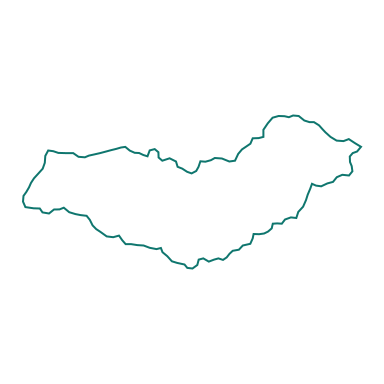 outline of Alfredo Vasconcelos, Minas Gerais, Brazil
{"feature_id": "56859067B6274472295952", "entity_name": "Alfredo Vasconcelos", "entity_type": "district", "adm_level": 2, "iso_a3": "BRA", "parent_name": "Brazil", "parent_adm1": "Minas Gerais", "projection": "orthographic", "projection_center": [-43.711, -21.14], "detail": "fine", "context": "isolated", "style": "outline", "palette": "teal", "viewbox_px": 384, "rotation_deg": 0, "n_neighbors": 0, "source": "geoboundaries", "source_scale": "gbopen_adm2", "svg_char_len": 1965}
<svg xmlns="http://www.w3.org/2000/svg" viewBox="0 0 384 384"><path d="M313.9,122.1L309.4,122.1L304.3,120.5L298.7,116.0L293.1,115.5L288.9,117.2L284.5,116.2L278.6,116.0L272.6,117.7L267.8,123.3L263.4,129.8L263.4,136.9L258.6,138.1L252.7,138.3L250.4,143.7L246.0,146.7L242.0,149.4L238.2,153.9L235.0,160.7L229.3,161.5L221.9,158.5L214.8,158.0L210.9,160.2L205.4,161.7L200.4,161.3L198.5,166.9L196.2,171.0L191.6,173.4L187.1,171.8L182.2,168.6L177.6,166.8L176.0,161.5L169.6,158.3L162.3,160.7L158.6,157.5L158.4,152.2L154.7,149.1L149.7,150.4L147.5,156.3L143.3,155.0L139.1,153.0L134.7,152.8L129.8,150.6L125.3,146.9L121.0,147.5L116.2,148.9L110.9,150.2L106.5,151.4L100.1,153.1L93.5,154.6L88.9,155.6L84.9,157.3L78.5,156.8L73.2,153.1L65.0,153.1L58.3,152.9L53.3,151.2L48.2,150.5L45.3,155.9L44.8,162.8L42.7,168.7L38.1,173.8L34.0,178.3L31.0,182.9L29.0,187.4L26.3,192.0L23.5,195.9L23.0,201.6L25.4,207.1L33.6,208.3L39.8,208.5L42.5,212.4L49.0,213.5L54.0,209.5L59.5,209.4L63.8,207.7L69.2,212.2L75.5,214.1L80.6,215.1L86.6,215.8L89.8,219.8L92.6,225.4L96.2,229.1L100.3,231.8L106.7,236.4L113.2,237.2L119.0,235.6L122.2,240.2L125.6,244.1L130.9,244.1L137.3,245.1L143.6,245.5L149.7,247.8L156.5,249.1L160.9,248.0L162.5,252.2L167.3,256.2L171.9,261.3L177.1,262.9L184.5,264.5L187.3,267.9L192.5,268.5L197.3,265.0L198.7,259.6L203.3,258.4L208.8,261.6L214.1,259.6L218.4,258.4L223.0,259.9L226.7,257.4L229.5,253.8L232.7,250.8L238.9,249.7L242.8,245.5L250.3,243.8L252.7,238.4L253.6,234.0L259.1,234.2L264.1,233.5L268.0,231.6L271.7,228.4L272.8,223.7L277.2,223.4L281.8,223.7L285.0,219.5L290.9,217.4L296.3,218.0L298.3,211.9L303.1,206.7L306.0,200.1L307.7,194.7L310.2,188.8L312.0,183.8L316.0,185.6L321.2,186.3L327.4,183.4L333.0,181.9L336.8,177.2L342.3,174.8L349.0,175.5L352.4,171.3L351.7,166.1L350.0,162.0L349.8,156.5L352.7,153.1L357.1,151.5L361.0,146.8L355.2,143.3L348.8,139.1L343.5,141.1L336.6,140.6L330.5,136.9L325.4,132.3L322.3,129.0L319.0,125.3L313.9,122.1Z" fill="none" stroke="#0f766e" stroke-width="2"/></svg>